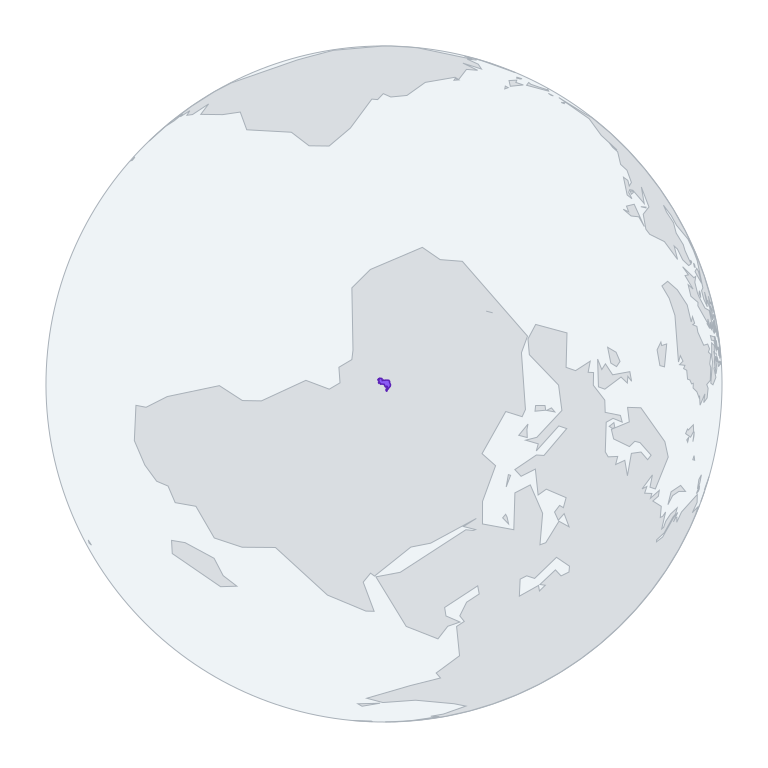 globe centered on Katsina, rotated 97°
{"feature_id": "NGA-2870", "entity_name": "Katsina", "entity_type": "State", "adm_level": 1, "iso_a3": "NGA", "parent_name": "Nigeria", "parent_adm1": "", "projection": "orthographic", "projection_center": [7.789, 12.229], "detail": "fine", "context": "on_globe", "style": "filled", "palette": "violet", "viewbox_px": 768, "rotation_deg": 97, "n_neighbors": 0, "source": "natural_earth", "source_scale": "10m", "svg_char_len": 10362}
<svg xmlns="http://www.w3.org/2000/svg" viewBox="0 0 768 768"><g transform="rotate(97 384 384)"><circle cx="384" cy="384" r="338" fill="#eef3f6" stroke="#a8b0b8"/><path d="M284.0,61.2L267.9,66.8L273.4,65.0L262.7,69.6L265.0,69.6L257.4,72.7L265.9,70.2L272.5,67.5L278.4,65.7L280.4,65.8L271.0,69.4L268.6,69.9L266.9,71.0L261.3,73.0L265.2,72.1L253.6,77.1L268.0,72.5L261.1,76.8L252.6,80.2L249.8,79.2L223.3,88.2L213.8,93.1L203.2,99.9L190.9,112.9L181.9,119.4L172.5,128.4L179.0,124.5L188.7,116.3L198.6,112.4L209.3,103.9L214.9,101.5L227.4,93.9L229.3,96.0L224.4,102.6L214.2,109.3L211.7,112.8L224.6,107.8L208.5,123.0L203.1,138.4L198.5,142.9L183.9,147.4L176.0,142.6L157.1,152.6L173.2,147.7L161.4,160.6L161.1,163.8L163.9,164.5L169.9,160.5L166.7,165.7L149.6,171.5L152.2,166.8L157.6,164.7L153.8,163.0L142.2,168.9L137.2,175.9L125.0,180.4L121.3,185.8L116.5,190.5L123.3,181.2L110.8,198.6L95.7,212.7L78.4,245.4L91.3,217.6L93.3,212.4L94.2,210.2L107.6,189.5L122.6,169.9L138.9,151.4L156.5,134.1L175.3,118.2L195.3,103.7L216.2,90.7L238.1,79.2L260.7,69.4L284.0,61.2ZM70.8,257.1L70.6,257.7L70.8,257.1ZM59.0,291.4L58.1,295.6L52.5,318.4L50.2,332.4L51.2,332.1L51.4,341.0L55.1,329.4L59.5,325.6L55.9,344.8L61.2,329.3L61.7,340.5L72.7,347.0L70.9,350.9L79.6,379.8L94.8,396.4L98.3,412.2L95.9,420.1L102.5,425.0L102.7,430.8L134.1,448.6L154.5,467.5L156.7,487.4L145.4,506.6L148.4,551.2L131.6,559.8L136.3,577.0L138.7,598.7L127.4,592.2L139.9,606.9L141.3,612.4L136.4,610.0L143.6,618.8L140.5,616.8L148.3,624.3L155.3,632.7L167.5,643.3L171.5,646.7L150.9,628.7L131.9,609.0L114.5,587.9L103.8,572.3L73.0,509.7L67.1,495.3L59.0,475.0L48.8,426.9L47.7,417.5L46.7,402.4L46.2,391.7L48.2,368.2L50.5,341.2L50.5,336.0L48.8,344.1L50.5,329.2L59.0,291.4ZM73.3,256.2L70.1,278.9L67.1,277.1L68.6,274.8L70.4,266.5L72.1,257.4L70.8,257.6L73.3,256.2ZM82.7,241.1L82.8,238.7L83.4,239.7L82.7,241.1ZM225.5,93.4L226.4,93.7L223.6,94.9L225.5,93.4ZM230.1,90.2L226.2,91.5L227.8,90.2L230.2,89.4L230.1,90.2ZM234.5,89.0L231.1,87.7L234.0,85.6L245.4,81.0L234.5,89.0ZM273.7,66.7L266.8,69.5L270.7,67.3L273.7,66.7ZM274.7,65.7L278.1,63.1L289.3,59.6L285.9,60.8L298.8,57.0L302.6,56.5L296.3,58.5L288.4,60.7L295.9,59.0L274.7,65.7ZM281.1,64.9L280.8,64.3L290.4,61.1L292.8,61.7L288.9,62.5L281.1,64.9ZM309.5,54.4L313.1,53.7L316.8,52.9L303.7,56.2L300.9,56.5L309.5,54.4ZM287.7,63.3L293.7,62.2L291.0,63.9L282.0,65.3L287.7,63.3ZM291.9,60.2L296.6,58.9L294.8,59.7L291.9,60.2ZM284.8,70.7L284.2,69.4L289.1,67.5L284.8,70.7ZM296.2,61.7L297.1,61.1L299.0,60.4L302.3,60.2L296.2,61.7ZM308.2,55.5L308.7,55.7L313.8,54.1L317.9,53.7L308.4,56.2L314.2,55.0L315.4,55.0L306.3,57.1L308.2,55.5ZM311.3,58.0L300.6,61.9L300.6,64.3L296.2,65.9L297.0,61.9L311.3,58.0ZM309.2,57.2L309.5,58.0L303.8,59.2L300.1,59.5L309.2,57.2ZM324.1,52.8L320.3,52.7L322.5,52.2L324.1,52.8ZM312.4,58.3L315.0,57.5L313.1,58.4L312.4,58.3ZM321.7,54.1L320.1,53.9L322.7,53.4L321.7,54.1ZM321.4,56.1L318.0,57.2L315.3,57.2L321.4,56.1ZM322.5,54.9L326.4,54.2L316.5,56.6L321.3,54.9L322.5,54.9ZM324.4,53.6L325.4,53.2L324.7,53.7L324.4,53.6ZM333.4,55.7L321.6,58.6L315.8,58.5L328.1,55.5L333.4,55.7ZM189.1,659.6L189.6,659.1L192.7,661.1L193.1,662.0L189.1,659.6ZM462.1,55.2L460.6,54.9L457.3,54.1L455.7,53.8L462.1,55.2ZM712.8,306.1L712.4,304.6L717.4,329.2L717.8,331.3L719.2,341.6L718.8,338.5L715.2,317.3L707.3,288.6L708.1,297.1L704.4,284.9L693.7,263.5L692.8,275.5L694.0,314.2L700.3,346.3L698.0,362.8L680.2,321.3L668.9,292.1L664.5,297.0L644.5,275.9L615.8,282.4L609.9,275.4L604.9,280.5L590.5,275.4L580.8,263.9L572.9,266.4L598.4,296.6L606.7,294.2L611.0,279.6L616.7,291.2L630.4,299.4L621.9,332.4L576.4,368.5L568.9,344.9L518.7,285.0L518.5,277.6L518.1,276.8L517.3,275.4L515.8,287.7L506.2,276.0L536.3,318.3L542.6,337.5L575.8,370.0L573.4,374.3L583.2,380.5L610.8,366.1L611.6,374.3L600.4,414.4L559.5,471.8L563.3,504.9L557.5,533.7L528.3,555.8L527.2,576.8L511.6,585.9L508.2,597.8L493.6,611.5L470.6,624.9L435.4,627.6L436.1,617.3L422.9,597.6L405.7,547.2L417.7,522.5L415.7,503.6L389.9,462.0L395.8,437.7L388.2,427.8L372.9,430.8L363.7,418.9L354.2,418.9L292.5,427.6L272.0,411.5L243.7,362.6L253.7,343.5L252.7,321.2L319.0,247.4L336.2,251.4L392.1,240.5L399.6,242.9L396.5,259.8L441.2,278.2L451.5,263.3L488.5,271.9L510.9,269.2L512.8,237.4L476.1,240.8L466.3,226.5L493.0,210.8L524.6,209.6L521.8,204.1L498.9,193.6L503.2,182.9L490.7,189.4L498.0,194.4L490.3,199.1L483.1,194.9L484.9,190.9L474.6,189.4L468.6,210.1L475.4,217.5L450.0,223.4L458.9,236.7L453.0,243.7L435.9,224.1L435.4,216.5L406.0,197.2L404.3,205.4L431.9,224.7L424.6,223.6L422.5,236.6L418.3,225.8L388.6,204.2L363.8,210.6L337.2,243.3L321.7,246.6L306.4,240.7L311.0,208.6L345.3,205.3L347.4,195.5L336.2,182.1L347.5,182.8L347.1,177.4L359.7,176.1L373.1,162.9L385.2,161.0L386.4,145.5L392.8,142.9L390.2,152.5L394.9,158.8L424.4,156.1L429.0,152.6L427.4,143.2L435.7,144.3L430.4,135.7L445.4,131.2L422.7,130.0L420.2,120.6L427.0,113.1L422.1,110.2L411.0,122.7L410.3,128.1L416.2,132.8L410.5,149.4L401.3,152.8L391.7,135.9L377.5,139.4L376.3,126.1L407.0,98.2L421.9,93.0L455.1,101.9L454.0,107.4L441.5,106.5L456.7,115.1L453.7,110.6L460.6,112.0L460.0,104.8L464.9,105.6L456.0,97.8L461.9,98.0L467.4,102.9L471.6,93.9L482.8,93.5L481.3,91.2L476.7,88.9L494.0,90.7L492.2,89.0L485.8,87.6L478.1,83.7L471.2,77.9L477.5,78.8L480.9,81.0L497.5,87.7L505.4,94.4L507.4,94.3L502.0,88.8L481.7,80.4L475.7,76.8L485.6,79.9L481.6,78.4L480.6,77.0L485.6,76.6L474.8,73.1L455.5,59.6L463.3,58.8L474.2,62.3L467.5,57.4L476.7,59.1L470.9,57.6L465.1,55.9L488.8,62.7L512.0,71.2L534.5,81.4L556.1,93.2L576.9,106.6L596.6,121.4L615.3,137.6L632.6,155.1L648.7,173.9L663.3,193.8L676.4,214.7L688.0,236.5L698.0,259.1L706.3,282.3L712.8,306.1ZM300.1,284.8L299.2,291.5L300.1,284.8ZM561.1,225.1L578.1,223.8L565.1,206.1L570.5,204.5L564.1,199.4L564.0,204.8L547.6,191.2L552.9,184.9L548.1,177.5L542.2,177.7L535.0,191.7L558.6,210.8L557.0,219.0L561.1,225.1ZM73.1,347.0L74.0,351.6L71.9,350.5L73.1,347.0ZM64.2,284.2L64.7,286.0L64.2,289.7L63.3,289.5L64.2,284.2ZM74.7,296.8L76.4,300.1L73.5,299.9L74.7,296.8ZM70.2,282.1L73.1,294.9L67.6,296.9L66.2,289.2L68.6,289.9L70.2,282.1ZM77.4,251.0L77.1,253.2L75.5,256.3L77.4,251.0ZM83.1,242.0L82.8,241.9L83.9,238.8L83.1,242.0ZM162.4,160.2L163.7,159.9L165.5,161.7L162.4,163.0L162.4,160.2ZM187.1,159.2L181.4,167.8L183.3,162.1L177.9,165.0L175.1,157.6L196.0,144.8L187.0,151.5L187.1,159.2ZM177.3,145.4L176.7,150.7L176.5,145.5L177.3,145.4ZM332.8,152.5L338.4,155.3L335.6,161.4L320.3,166.5L324.2,157.5L332.8,152.5ZM347.0,158.2L341.8,141.5L351.1,138.6L346.7,142.9L353.4,142.6L348.2,149.6L362.2,164.2L360.7,170.8L333.2,175.0L343.1,169.6L337.0,166.7L347.0,158.2ZM312.0,113.1L309.8,108.3L332.8,107.7L332.1,112.4L316.8,117.1L308.6,114.3L312.0,113.1ZM255.3,82.4L253.0,82.3L255.6,81.1L259.7,80.1L255.3,82.4ZM284.1,70.2L268.1,82.0L264.7,82.3L259.5,90.1L248.4,94.2L252.1,88.8L239.7,98.4L238.6,95.2L231.2,101.9L240.7,89.4L239.2,87.7L245.1,87.9L255.3,84.0L259.3,81.8L269.5,74.7L271.4,70.2L281.9,66.5L288.8,65.1L289.9,65.6L282.8,67.6L289.4,66.9L280.0,70.4L284.1,70.2ZM363.5,64.4L354.7,64.3L366.5,67.7L357.1,69.4L359.0,69.7L353.6,72.5L350.3,76.7L345.6,77.1L346.4,78.7L342.7,80.9L342.2,83.3L333.5,85.2L332.2,88.5L328.8,87.6L328.8,93.0L324.9,90.0L319.8,93.3L326.3,94.4L280.4,103.6L264.1,111.4L252.8,120.1L247.5,115.0L254.8,104.3L268.6,92.7L285.0,86.6L279.6,86.0L285.8,83.1L287.5,84.8L288.7,80.5L294.3,78.8L306.6,71.4L304.9,67.6L309.4,65.2L312.8,65.9L314.8,63.2L324.4,63.1L327.8,61.7L340.6,60.6L345.2,63.6L348.7,61.8L358.5,61.6L363.5,64.4ZM337.0,55.4L344.7,57.4L343.4,59.7L321.7,60.7L317.3,62.0L303.3,63.8L305.6,60.8L309.4,60.4L313.6,59.5L311.2,60.8L316.2,59.1L321.6,58.8L327.0,57.5L328.0,58.4L337.0,55.4ZM406.2,236.2L411.6,236.6L419.7,235.3L418.5,244.0L406.2,236.2ZM385.7,221.6L390.3,220.3L392.6,230.8L386.9,230.9L385.7,221.6ZM390.9,211.0L390.4,219.4L387.3,214.9L390.9,211.0ZM394.3,151.1L399.1,149.6L400.3,151.8L398.6,155.3L394.3,151.1ZM396.5,78.6L391.7,77.3L392.6,76.4L386.8,72.0L393.3,70.9L399.4,73.2L396.5,78.6ZM507.7,243.3L502.4,249.9L498.5,247.4L501.1,245.6L507.7,243.3ZM459.2,247.2L471.3,250.2L458.8,249.5L459.2,247.2ZM402.6,76.7L399.5,74.9L404.7,75.5L402.6,76.7ZM397.8,70.0L403.6,70.4L393.5,70.3L397.8,70.0ZM579.6,654.7L577.8,657.3L574.8,658.6L579.6,654.7ZM605.1,521.5L578.1,573.5L565.1,575.8L565.7,562.1L577.7,531.4L593.8,520.3L602.6,505.4L605.1,521.5ZM721.8,374.2L720.1,355.6L720.5,354.2L720.9,358.3L721.8,374.2ZM701.3,349.0L706.5,366.5L704.6,371.0L701.3,349.0ZM453.9,71.6L454.7,78.3L459.6,83.9L469.2,87.5L456.0,85.9L448.5,77.2L453.9,71.6ZM454.7,60.6L446.3,58.4L449.6,58.3L451.9,58.8L454.7,60.6ZM449.9,60.1L440.3,59.8L435.4,57.9L443.9,58.5L449.9,60.1ZM421.8,66.4L421.5,68.3L417.3,67.5L421.8,66.4ZM455.8,53.8L451.3,52.9L452.0,53.0L455.8,53.8ZM439.2,50.6L441.5,51.1L436.4,50.2L439.2,50.6ZM447.1,52.5L441.1,51.1L450.6,53.1L447.1,52.5Z" fill="#d9dde1" stroke="#a8b0b8" stroke-width="1"/><path d="M384.2,377.4L385.7,377.6L385.8,377.7L386.0,377.9L386.2,378.0L386.4,378.1L386.6,378.2L386.8,378.3L386.9,378.5L387.5,379.0L387.8,379.0L388.0,379.0L388.3,379.1L388.5,379.3L388.8,379.7L388.9,379.8L389.1,379.9L390.6,380.3L390.8,380.4L390.8,380.5L390.7,380.5L390.5,380.8L390.2,381.1L389.9,381.3L389.6,381.3L389.4,381.3L389.3,381.2L389.2,381.2L389.1,381.3L388.9,381.3L388.8,381.2L388.7,381.1L388.5,380.9L388.4,380.6L388.3,380.4L387.4,380.5L387.0,380.4L386.6,380.5L386.0,380.5L385.9,380.7L385.9,381.1L385.9,381.5L386.2,381.7L386.6,381.7L386.8,381.8L386.8,382.0L386.6,382.0L386.3,382.1L386.2,382.3L386.0,382.9L385.8,383.1L384.7,383.5L384.3,383.8L384.2,384.0L384.3,384.6L384.3,385.9L384.4,386.2L384.4,386.4L384.4,386.5L384.4,386.8L384.6,387.2L384.6,387.4L384.3,387.5L384.0,387.6L383.8,387.7L383.6,387.9L383.5,388.2L383.4,388.5L383.5,388.8L383.9,389.1L383.7,389.4L383.3,389.6L383.1,389.6L383.0,389.4L382.8,389.3L382.6,389.2L382.1,389.1L381.8,389.3L381.7,389.5L381.5,389.8L381.3,389.7L380.8,389.7L380.7,390.0L380.8,390.2L380.8,390.3L380.7,390.5L380.3,390.6L380.0,390.2L379.8,390.1L379.4,390.0L379.4,389.8L379.5,389.7L379.6,389.3L379.2,389.2L378.8,389.1L378.8,388.8L378.9,388.5L378.9,388.3L378.9,388.1L378.7,387.8L378.9,386.7L379.3,386.6L379.7,386.6L379.8,386.6L380.2,386.4L380.3,386.3L380.3,386.1L380.6,386.0L380.8,386.0L380.7,385.6L380.4,385.4L380.2,385.3L380.1,385.1L380.2,384.9L380.3,384.6L380.4,384.4L380.3,384.1L380.2,383.8L380.2,383.5L380.0,383.2L380.0,382.8L379.9,382.5L379.7,380.1L379.8,379.5L380.0,379.4L380.3,379.2L380.6,378.8L380.7,378.7L381.3,378.8L381.5,378.8L383.8,377.5L384.0,377.4L384.2,377.4Z" fill="#8b5cf6" stroke="#5b21b6" stroke-width="1.5"/></g></svg>